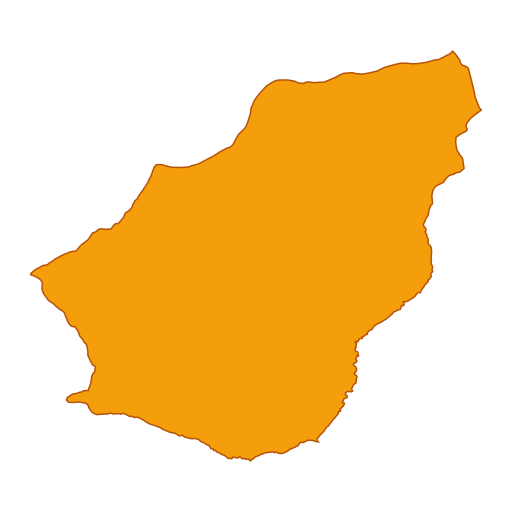 the district of El Cairo, Valle del Cauca, Colombia
{"feature_id": "7082276B90998600886333", "entity_name": "El Cairo", "entity_type": "district", "adm_level": 2, "iso_a3": "COL", "parent_name": "Colombia", "parent_adm1": "Valle del Cauca", "projection": "albers", "projection_center": [-76.21, 4.758], "detail": "fine", "context": "isolated", "style": "filled", "palette": "amber", "viewbox_px": 512, "rotation_deg": 0, "n_neighbors": 0, "source": "geoboundaries", "source_scale": "gbopen_adm2", "svg_char_len": 6002}
<svg xmlns="http://www.w3.org/2000/svg" viewBox="0 0 512 512"><path d="M452.7,51.2L449.9,53.8L439.0,59.4L433.9,60.2L425.6,62.5L417.2,63.6L412.0,63.8L407.3,63.2L400.5,63.2L393.0,65.0L384.5,67.4L377.3,71.0L370.8,72.6L362.5,74.2L356.2,73.6L352.0,72.6L343.6,73.4L339.3,75.2L336.0,77.1L324.0,82.2L318.5,82.3L314.5,82.7L309.1,82.0L306.3,82.0L304.0,83.3L299.7,83.3L294.2,81.1L288.0,80.0L280.2,80.0L276.7,80.3L273.8,81.5L271.1,83.0L266.2,86.2L259.1,94.0L254.3,100.5L250.8,109.1L250.7,112.2L249.7,116.1L247.6,122.4L246.1,126.3L244.5,128.6L238.7,134.2L235.9,138.9L233.0,144.6L230.2,147.1L227.1,148.1L222.7,150.3L219.5,152.1L214.1,155.7L199.1,163.5L196.7,164.5L191.8,165.6L188.8,166.9L181.5,167.5L172.3,167.3L168.0,166.5L161.8,164.6L156.7,164.6L155.3,165.7L153.9,167.8L150.7,176.7L149.1,179.3L148.0,182.2L144.8,187.3L138.8,195.8L137.2,198.9L134.9,200.8L133.8,203.2L132.5,205.1L132.5,206.1L131.9,207.5L130.1,209.6L128.5,210.9L125.6,212.8L124.9,213.8L123.8,216.9L118.7,223.2L117.4,223.7L115.9,223.7L114.3,224.4L111.4,228.6L110.0,229.1L105.2,229.3L101.1,228.8L99.6,229.0L98.2,229.6L97.2,230.7L95.5,231.9L94.1,232.5L92.8,232.7L90.0,236.6L89.2,238.4L87.3,240.3L80.7,245.4L75.9,251.1L73.3,251.3L69.1,252.2L67.9,253.0L65.8,253.6L60.9,255.9L54.9,259.2L51.7,261.6L48.5,263.5L47.9,264.4L47.1,265.0L44.8,265.1L42.9,265.6L35.7,269.4L31.1,273.2L30.7,274.8L32.1,275.1L37.9,277.8L39.9,279.2L41.9,281.6L42.4,283.4L41.9,288.6L43.4,293.3L48.6,300.6L53.7,303.9L55.2,305.5L59.0,308.8L62.7,311.1L64.1,312.4L67.8,321.5L69.7,324.5L71.1,326.0L72.6,326.6L75.1,326.8L78.0,331.2L79.3,335.0L80.3,336.8L82.9,339.7L84.2,342.3L85.6,343.6L86.7,345.1L87.8,350.9L87.9,355.0L88.3,356.5L92.4,364.6L95.6,366.8L95.0,369.2L94.7,371.9L93.0,373.6L91.8,376.0L90.6,384.1L88.7,388.7L88.4,390.4L83.5,390.8L81.9,391.9L79.1,392.4L76.2,393.5L72.7,394.0L67.6,397.3L66.6,398.9L66.8,400.7L68.7,402.2L69.5,402.3L74.4,402.5L78.3,402.0L80.8,402.2L85.9,403.4L87.5,404.6L88.2,405.7L88.7,407.2L90.1,409.8L92.5,412.6L93.9,413.5L96.8,414.5L97.5,414.7L100.3,414.2L103.3,414.3L104.8,413.8L107.1,414.1L110.4,413.2L113.6,414.0L118.6,413.6L121.4,414.1L123.7,413.2L129.3,416.3L132.5,416.5L134.0,417.5L135.8,417.1L138.7,417.6L144.1,420.5L146.0,422.0L149.8,424.0L153.1,424.9L160.1,427.6L161.5,428.3L162.8,429.5L164.6,429.9L168.0,431.6L170.7,432.5L174.8,433.1L178.8,435.6L180.5,435.9L182.0,435.3L182.8,435.3L184.4,437.0L190.3,438.5L192.3,438.7L194.7,438.5L197.7,439.1L199.2,440.1L201.6,442.1L203.9,442.5L205.2,443.7L206.2,443.9L206.7,444.9L207.8,444.9L208.8,445.3L211.0,448.7L211.8,449.0L212.8,448.7L213.4,449.0L213.8,450.5L215.3,450.4L215.9,450.8L216.7,452.0L219.2,452.8L222.1,454.7L224.3,455.2L228.3,458.5L230.0,458.2L231.1,458.7L231.9,458.7L232.3,458.2L232.4,457.2L233.1,457.0L236.6,458.0L237.9,457.9L238.6,457.5L238.9,456.8L239.4,456.7L240.3,457.0L242.2,458.8L244.2,458.4L246.0,459.4L248.3,458.8L249.6,460.5L250.3,460.8L251.3,460.4L251.7,459.4L253.4,458.7L255.1,457.0L256.5,456.3L258.4,455.8L261.5,454.1L263.0,453.9L264.5,453.0L267.9,452.5L268.4,452.2L269.8,452.4L271.9,451.8L273.0,451.9L273.8,452.6L276.8,452.2L277.4,452.4L278.3,453.2L279.8,453.5L281.5,453.5L284.6,452.7L287.8,451.0L290.1,449.1L293.7,447.8L297.5,445.8L298.5,445.0L300.1,442.6L300.7,442.2L302.6,442.6L303.7,442.4L307.8,440.2L308.3,440.2L312.5,440.4L315.7,441.5L318.3,441.9L317.4,440.8L317.2,439.3L317.3,438.6L319.0,436.7L319.3,435.9L323.9,431.2L326.3,427.5L328.4,425.9L333.5,419.1L334.3,418.5L337.9,414.1L338.2,413.5L338.1,412.0L340.1,411.5L340.6,411.0L340.7,410.6L339.7,409.7L339.8,409.4L343.2,406.2L344.4,403.6L344.5,403.3L344.3,403.1L342.7,403.0L342.4,402.7L343.9,399.0L344.4,398.5L347.0,397.6L347.3,397.1L347.2,395.9L345.3,394.4L345.4,393.2L347.0,391.7L347.7,391.4L351.0,391.8L352.4,391.4L352.6,390.9L352.4,390.3L351.5,389.2L351.6,388.7L353.5,384.8L356.1,382.6L356.2,379.4L357.0,376.8L356.4,375.4L354.6,374.3L354.2,373.4L354.5,373.0L355.8,371.9L356.3,371.0L356.6,368.9L355.8,366.9L353.6,365.1L353.3,364.6L353.4,364.0L354.1,363.1L355.7,362.7L356.4,362.2L356.9,360.6L355.6,359.1L355.6,358.7L356.5,357.5L356.8,356.1L357.1,356.0L358.1,356.3L358.6,355.8L357.9,354.1L357.9,352.5L357.7,352.1L357.5,351.8L355.6,351.1L355.2,350.6L355.2,348.8L356.3,346.8L355.9,345.4L356.6,343.9L356.5,343.3L356.0,342.8L355.1,342.3L356.0,341.5L358.2,341.5L359.5,338.6L360.7,338.4L361.4,338.7L362.2,338.4L362.2,336.6L363.6,336.5L364.6,335.8L365.2,335.0L367.4,334.3L367.3,333.0L368.4,331.5L369.8,330.3L372.0,329.4L372.7,328.5L373.0,327.3L373.6,326.7L377.2,323.9L381.4,322.1L384.0,320.2L385.4,319.6L392.2,314.0L393.7,311.9L394.9,311.6L398.2,309.8L400.4,309.4L400.8,307.0L401.6,306.5L401.9,305.6L402.3,305.2L403.5,305.6L404.0,305.1L404.1,304.0L403.4,302.4L403.6,301.7L406.1,301.8L407.1,301.2L408.3,300.9L409.5,299.9L410.5,299.5L414.8,296.5L415.7,295.4L416.0,294.5L417.3,293.5L417.6,292.8L418.6,292.5L420.5,292.7L421.0,290.7L422.7,288.2L423.5,287.6L424.6,285.1L426.3,283.7L426.9,282.4L427.8,282.1L428.1,281.4L428.2,280.0L429.5,279.1L430.0,278.0L431.3,276.7L430.7,273.8L430.9,273.3L432.5,271.9L432.6,271.1L432.0,269.3L432.7,266.9L431.5,264.5L430.9,262.4L431.3,261.0L431.4,259.9L431.2,255.9L431.6,252.7L431.3,248.0L430.7,246.5L428.2,243.6L428.0,242.2L428.3,240.1L428.2,239.1L427.1,237.1L426.7,234.5L425.2,232.3L425.1,231.8L425.8,230.9L426.1,229.6L425.0,227.3L423.5,226.1L423.5,224.0L425.2,220.8L425.5,219.4L428.2,215.2L429.1,209.6L430.2,207.3L430.6,205.7L431.8,204.7L432.4,203.6L432.5,202.7L431.8,195.7L432.9,190.5L434.4,187.8L435.7,186.2L443.1,182.5L443.8,181.8L446.2,178.2L448.7,176.0L450.5,175.0L454.2,174.1L455.9,172.8L459.5,172.2L463.9,168.7L464.1,168.2L463.6,166.2L463.4,163.2L462.5,158.4L462.2,157.6L461.2,156.8L460.3,155.6L456.8,149.8L455.8,143.5L455.7,141.3L456.0,139.4L455.6,138.0L456.4,137.1L459.7,134.6L462.7,132.8L465.3,131.7L466.1,131.2L466.7,130.4L467.3,128.8L466.1,126.8L466.6,123.3L470.5,118.5L474.8,114.9L481.3,110.0L479.2,107.6L476.9,101.5L475.4,98.2L473.9,90.4L468.6,69.2L467.7,67.6L466.7,66.8L462.7,65.4L460.8,63.7L459.7,59.9L457.9,57.7L455.9,54.6L452.7,51.2Z" fill="#f59e0b" stroke="#b45309" stroke-width="1.5"/></svg>